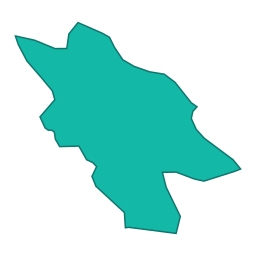 map outline of Bar (Mercator projection)
{"feature_id": "MNE-1496", "entity_name": "Bar", "entity_type": "Municipality", "adm_level": 1, "iso_a3": "MNE", "parent_name": "Montenegro", "parent_adm1": "", "projection": "mercator", "projection_center": [19.125, 42.167], "detail": "fine", "context": "isolated", "style": "filled", "palette": "teal", "viewbox_px": 256, "rotation_deg": 0, "n_neighbors": 0, "source": "natural_earth", "source_scale": "10m", "svg_char_len": 735}
<svg xmlns="http://www.w3.org/2000/svg" viewBox="0 0 256 256"><path d="M197.0,106.8L192.8,111.4L191.3,118.6L196.3,129.5L204.3,138.3L233.1,159.8L240.6,169.0L234.5,171.4L203.9,181.1L194.1,178.9L176.1,172.1L162.4,172.3L166.1,187.1L180.3,216.4L176.1,233.4L128.5,227.3L125.5,227.8L125.4,227.8L124.4,212.5L95.9,186.2L92.0,176.4L96.6,166.6L92.8,162.6L86.6,159.7L78.9,146.1L59.7,146.6L55.4,139.3L54.3,132.0L51.7,130.2L48.3,130.2L45.1,127.9L40.0,116.9L54.8,99.7L52.3,90.8L40.9,77.1L27.0,61.1L18.4,44.8L15.4,36.0L15.6,36.0L34.5,40.2L55.0,48.6L66.8,48.5L68.9,33.9L78.0,22.6L102.6,33.4L109.5,37.3L114.5,47.4L122.8,59.8L134.1,66.4L149.5,71.8L164.3,74.2L175.0,82.3L191.2,102.7L197.0,106.8Z" fill="#14b8a6" stroke="#0f766e" stroke-width="1.5"/></svg>